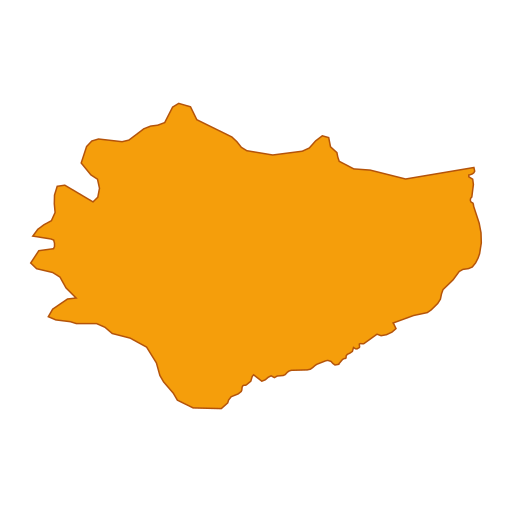 outline of Świętokrzyskie
{"feature_id": "POL-3149", "entity_name": "Świętokrzyskie", "entity_type": "Voivodeship", "adm_level": 1, "iso_a3": "POL", "parent_name": "Poland", "parent_adm1": "", "projection": "natural_earth1", "projection_center": [20.88, 50.732], "detail": "fine", "context": "isolated", "style": "filled", "palette": "amber", "viewbox_px": 512, "rotation_deg": 0, "n_neighbors": 0, "source": "natural_earth", "source_scale": "10m", "svg_char_len": 2207}
<svg xmlns="http://www.w3.org/2000/svg" viewBox="0 0 512 512"><path d="M178.7,103.4L190.5,106.8L196.8,119.7L231.9,137.0L236.8,141.6L241.3,147.3L246.8,150.7L272.7,155.0L302.3,151.2L309.3,148.0L315.6,140.9L322.3,135.8L328.7,137.6L330.5,146.8L336.9,152.6L337.8,157.1L339.2,161.3L353.8,168.9L370.2,170.1L405.6,179.0L473.9,167.5L474.7,171.2L473.8,172.8L472.2,174.0L470.3,174.7L468.8,175.0L468.8,176.8L472.7,179.2L473.4,184.5L471.9,196.3L471.7,197.2L471.1,197.7L470.6,198.5L470.3,200.2L470.8,201.8L471.8,202.5L472.8,203.0L473.3,204.0L473.7,206.5L479.2,223.2L480.3,229.1L481.0,232.8L481.3,242.9L479.6,253.7L478.1,258.0L475.6,262.9L472.3,267.0L468.5,268.6L462.9,269.4L459.2,271.5L453.1,279.8L443.0,289.6L441.5,293.9L440.4,299.2L437.7,303.5L431.2,309.9L427.3,312.6L413.6,315.5L393.1,323.0L393.9,324.2L396.0,328.6L392.0,332.1L386.5,334.7L381.1,335.7L377.0,334.2L363.9,343.6L363.2,343.8L360.1,343.6L359.3,344.1L359.4,345.3L359.6,346.6L359.4,347.5L357.0,348.9L355.5,348.8L353.5,347.5L352.4,351.4L349.8,353.2L347.4,354.3L346.2,355.7L346.0,358.0L345.2,358.5L344.0,358.6L342.5,359.5L338.8,363.9L338.8,364.3L335.0,365.0L332.9,363.5L331.0,361.4L327.8,360.4L325.7,360.8L316.8,364.3L314.8,365.7L312.8,367.5L310.4,369.2L307.2,369.9L291.3,370.3L289.1,371.0L287.3,372.3L285.2,374.6L283.2,375.5L277.3,376.0L274.4,377.6L271.1,375.8L268.2,377.3L265.3,379.8L261.8,381.2L253.6,374.8L252.2,376.5L250.8,381.2L246.3,384.9L245.6,385.2L243.7,385.3L242.8,385.8L242.1,387.2L241.8,390.1L241.2,391.5L238.2,393.9L231.2,396.7L228.6,400.0L227.7,402.9L221.3,408.6L193.1,407.9L177.4,400.2L173.3,393.2L163.6,381.9L159.9,375.5L156.4,362.9L146.6,347.1L130.1,338.1L112.2,333.5L105.0,327.3L96.6,323.6L76.4,323.6L70.4,321.7L55.8,319.9L48.3,316.7L52.7,309.1L67.5,299.0L76.1,298.0L66.0,287.9L60.0,277.1L52.7,272.5L36.6,268.7L30.7,263.0L38.8,250.7L53.5,248.7L54.5,246.6L54.5,243.2L53.7,240.1L51.0,239.0L32.8,236.1L37.8,229.3L44.0,224.7L51.4,220.7L55.1,212.5L54.3,203.8L54.5,195.1L57.2,186.3L64.8,185.2L93.0,201.9L97.8,197.2L99.5,188.3L97.5,179.2L90.9,174.9L81.2,163.0L86.6,146.5L91.8,141.0L98.5,139.0L122.1,141.7L128.9,140.1L143.8,128.8L150.6,126.1L157.7,125.2L164.7,122.6L172.6,107.1L178.7,103.4Z" fill="#f59e0b" stroke="#b45309" stroke-width="1.5"/></svg>